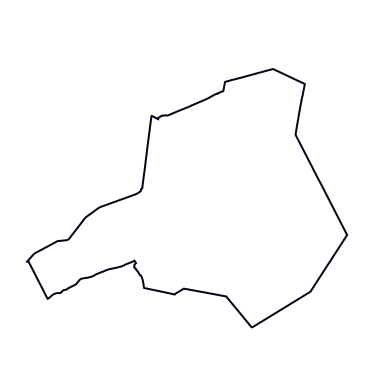 outline of Ooststellingwerf, Friesland, Netherlands, rotated 5°
{"feature_id": "6326949B66213394722259", "entity_name": "Ooststellingwerf", "entity_type": "district", "adm_level": 2, "iso_a3": "NLD", "parent_name": "Netherlands", "parent_adm1": "Friesland", "projection": "mercator", "projection_center": [6.224, 52.991], "detail": "fine", "context": "isolated", "style": "outline", "palette": "ink", "viewbox_px": 384, "rotation_deg": 5, "n_neighbors": 0, "source": "geoboundaries", "source_scale": "gbopen_adm2", "svg_char_len": 5142}
<svg xmlns="http://www.w3.org/2000/svg" viewBox="0 0 384 384"><g transform="rotate(5 192 192)"><path d="M33.7,275.8L33.8,275.9L34.0,275.8L34.4,275.8L34.4,275.7L34.5,275.7L34.8,275.5L35.1,275.5L35.3,275.6L35.7,276.3L37.3,278.9L37.5,279.2L38.5,280.7L38.6,280.9L42.6,287.3L44.2,289.9L44.6,290.5L53.6,304.8L55.1,307.3L56.2,309.0L57.5,311.0L58.1,310.7L58.5,310.3L58.9,309.9L59.1,309.8L60.1,308.6L60.3,308.5L60.4,308.4L60.7,308.1L61.2,307.5L61.7,307.1L62.6,306.3L63.2,305.9L63.5,305.7L63.9,305.5L64.6,305.1L65.5,304.8L65.7,304.7L66.1,304.6L66.8,304.4L69.1,304.2L69.4,304.1L69.9,303.9L70.2,303.6L70.4,303.5L71.5,302.1L71.8,301.7L72.0,301.4L72.3,301.2L72.5,301.1L72.7,300.9L73.0,300.8L73.4,300.7L73.9,300.6L74.6,300.5L74.9,300.4L75.3,300.1L75.6,300.0L76.3,299.5L76.5,299.3L76.7,299.1L77.0,298.8L77.5,298.4L77.9,298.2L79.8,297.0L83.2,294.9L83.5,294.7L84.0,294.5L84.3,294.2L84.7,293.8L85.4,292.7L85.5,292.6L85.8,292.2L86.1,291.7L87.9,289.2L88.1,288.9L88.4,288.7L88.7,288.5L89.1,288.2L89.5,288.0L89.8,287.9L90.7,287.7L93.3,286.9L93.5,286.9L93.8,286.9L94.4,286.8L94.6,286.8L95.0,286.7L96.0,286.3L97.4,285.8L98.2,285.5L100.5,284.6L100.9,284.4L103.9,282.2L104.5,281.9L105.7,281.3L107.3,280.5L107.7,280.3L108.1,280.1L108.4,279.9L110.6,278.9L111.5,278.5L112.9,277.7L113.7,277.2L114.9,276.7L115.9,276.3L116.8,275.9L117.4,275.8L118.4,275.5L122.1,274.4L123.3,274.0L125.0,273.4L125.9,273.1L127.6,272.5L128.4,272.2L129.3,271.8L130.2,271.2L131.2,270.6L132.1,270.0L134.9,268.6L136.7,267.8L137.4,267.4L137.8,267.2L138.5,266.8L138.8,266.7L140.1,265.8L140.3,265.6L140.6,265.4L142.4,267.7L142.3,267.9L142.1,268.1L141.6,268.8L141.1,269.3L141.1,269.5L141.1,270.5L140.9,271.1L140.8,271.4L140.8,271.5L141.0,271.8L141.7,272.7L141.8,272.8L142.3,272.9L142.4,273.0L143.2,274.2L143.3,274.4L143.6,274.7L145.6,276.7L145.7,276.9L145.8,277.0L145.9,277.3L146.3,277.8L147.2,279.2L147.3,279.4L147.4,279.5L147.5,279.5L148.4,279.6L148.5,279.6L148.7,280.0L148.9,280.5L149.1,280.8L149.4,281.5L149.5,281.6L149.6,281.8L149.7,282.1L149.8,282.2L149.8,282.3L150.0,282.6L150.1,282.8L150.2,283.1L150.4,283.5L150.5,283.7L150.6,284.1L150.6,284.3L150.7,284.5L150.8,284.8L151.0,285.5L151.1,286.0L151.2,286.3L151.5,287.1L151.7,287.9L151.9,289.0L152.0,289.4L152.1,289.7L152.3,290.3L152.7,291.8L162.6,293.0L163.9,293.2L164.8,293.2L165.5,293.3L166.1,293.5L167.1,293.6L168.4,293.7L170.3,293.9L173.4,294.3L174.9,294.5L177.1,294.7L180.4,295.2L183.7,295.6L184.0,295.0L188.2,292.0L192.3,289.0L197.0,289.4L205.2,290.2L216.1,291.2L216.9,291.3L235.2,293.1L263.2,321.6L264.2,321.3L318.7,281.0L328.6,262.2L334.4,251.3L334.6,251.0L350.3,221.3L338.5,202.6L334.2,195.7L327.3,184.8L326.5,183.5L321.5,175.5L319.1,171.7L317.8,169.8L316.7,168.1L310.7,158.6L310.4,158.0L309.9,157.2L305.8,150.8L300.8,142.8L299.4,140.6L297.5,137.6L292.0,128.9L290.8,127.0L290.2,125.9L290.4,122.3L291.2,112.3L291.6,108.3L291.7,106.6L292.4,98.3L292.9,93.4L293.4,88.6L293.5,87.9L293.6,87.3L293.8,86.1L294.0,84.1L294.0,83.9L294.8,76.8L295.0,74.6L289.9,72.7L283.1,70.2L279.9,69.0L262.0,62.4L258.0,63.9L257.9,63.9L254.1,65.3L250.9,66.5L247.2,67.8L246.1,68.2L245.5,68.5L245.4,68.5L244.9,68.7L241.9,69.8L240.1,70.5L237.7,71.3L236.7,71.7L236.5,71.8L235.4,72.2L234.9,72.4L230.5,74.0L227.4,75.1L222.4,76.8L219.0,78.1L216.3,79.1L215.3,79.5L215.2,81.0L215.1,81.9L214.8,84.7L214.7,86.2L214.6,86.7L214.4,88.7L213.3,89.3L211.8,90.0L209.6,91.2L209.5,91.4L209.0,91.6L209.0,91.8L208.7,91.8L208.4,91.8L208.2,91.9L208.0,92.0L207.7,92.1L206.7,92.7L204.6,94.1L202.7,95.3L201.8,95.8L201.7,95.9L201.1,96.5L200.8,96.7L196.9,99.0L191.1,102.1L189.2,103.1L188.2,103.6L187.8,103.9L183.1,106.3L183.0,106.6L180.3,108.0L179.0,108.6L178.7,108.8L176.3,110.0L173.9,111.2L173.7,111.3L172.4,112.0L168.9,113.8L168.3,114.1L161.4,117.8L161.2,117.9L160.7,118.0L159.8,117.9L159.4,117.9L159.2,117.9L158.3,118.1L157.0,118.3L156.4,118.4L155.5,118.8L155.5,118.7L154.1,119.3L154.0,119.5L154.0,119.8L152.0,121.0L151.9,122.4L148.6,121.0L147.4,120.5L145.4,119.7L145.1,119.8L145.0,120.3L144.9,122.8L144.7,126.3L144.7,127.6L144.6,128.6L144.6,129.1L144.2,139.1L144.1,140.9L144.1,141.9L144.0,144.0L143.9,145.3L143.8,148.6L143.7,150.3L143.7,151.3L143.6,153.3L143.6,153.8L143.5,157.6L143.4,159.7L143.4,159.8L143.3,162.6L143.3,163.1L143.2,165.4L143.0,171.3L142.8,175.8L142.7,177.7L142.4,184.8L142.1,192.9L140.9,193.8L140.9,194.9L140.9,195.7L138.5,197.6L137.9,198.0L137.5,198.3L136.9,198.7L136.6,198.9L136.1,199.2L123.8,204.9L123.1,205.2L123.0,205.3L122.1,205.7L114.7,209.1L102.2,214.9L101.9,215.1L101.3,215.4L101.0,215.6L100.6,215.9L100.3,216.1L99.3,217.0L96.7,219.2L95.7,220.1L95.6,220.3L95.2,220.6L94.7,221.0L89.4,225.6L88.8,226.1L88.4,226.5L87.9,227.1L87.4,227.8L79.4,240.4L77.6,243.2L75.8,246.0L74.7,247.7L74.1,248.7L73.9,249.0L73.6,249.3L73.5,249.5L73.1,249.8L72.6,250.3L72.2,250.5L71.8,250.7L71.3,250.9L70.8,251.1L70.6,251.1L64.1,252.3L63.0,252.5L62.5,252.7L62.2,252.8L61.5,253.2L59.8,254.3L59.7,254.4L59.3,254.6L59.1,254.8L49.0,261.4L43.5,265.0L41.2,266.5L40.8,266.8L40.3,267.3L39.9,267.7L39.7,268.0L39.1,268.6L38.3,269.7L34.8,274.4L34.8,274.5L35.0,274.6L35.1,274.8L34.8,275.2L34.6,275.5L34.3,275.6L34.2,275.6L33.9,275.5L33.7,275.8Z" fill="none" stroke="#020617" stroke-width="2"/></g></svg>